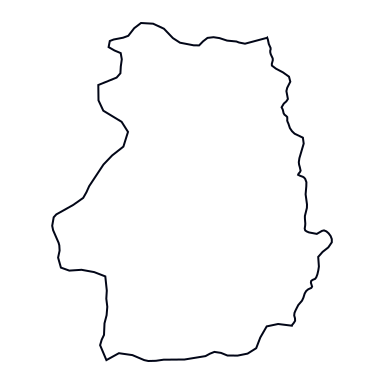 the Province of Van
{"feature_id": "TUR-3048", "entity_name": "Van", "entity_type": "Province", "adm_level": 1, "iso_a3": "TUR", "parent_name": "Turkey", "parent_adm1": "", "projection": "mercator", "projection_center": [43.807, 38.569], "detail": "fine", "context": "isolated", "style": "outline", "palette": "ink", "viewbox_px": 384, "rotation_deg": 0, "n_neighbors": 0, "source": "natural_earth", "source_scale": "10m", "svg_char_len": 2208}
<svg xmlns="http://www.w3.org/2000/svg" viewBox="0 0 384 384"><path d="M267.2,37.7L267.9,39.7L268.8,44.0L270.6,48.0L270.6,49.5L270.2,50.8L270.3,52.6L270.8,54.4L272.7,58.4L272.8,60.2L271.8,63.9L271.9,65.6L276.0,68.7L283.0,72.4L289.0,76.7L290.3,81.7L287.2,87.8L286.4,91.1L287.9,99.0L286.3,101.4L283.8,103.6L281.6,107.3L282.4,108.8L282.9,110.1L283.6,113.2L284.5,114.7L286.0,115.8L287.2,117.0L287.3,118.9L287.2,120.6L287.7,122.1L288.4,123.6L289.9,128.1L292.0,131.2L294.6,133.7L302.9,137.7L303.7,143.6L299.4,158.2L298.8,162.2L299.1,164.7L299.8,167.1L300.6,170.7L299.9,172.2L298.6,173.6L298.1,174.8L300.1,175.8L302.9,176.8L304.1,177.6L305.2,178.9L306.4,182.2L306.3,186.3L305.6,194.3L307.0,204.5L306.9,207.9L304.9,216.0L304.9,218.4L305.3,223.5L305.2,225.3L304.7,228.6L305.2,230.4L306.6,231.4L308.9,232.4L316.8,233.9L322.0,230.9L324.0,230.4L326.4,231.4L328.6,233.3L330.6,236.0L331.8,239.1L331.8,242.3L328.3,247.4L322.6,251.9L318.2,256.9L318.9,266.5L318.3,270.4L317.4,274.3L316.3,277.2L315.2,278.8L312.4,280.0L311.1,281.1L310.9,282.8L312.1,286.6L311.3,287.9L308.2,289.3L306.2,291.0L304.7,293.5L303.4,297.7L302.0,300.7L298.3,305.0L296.8,307.9L295.5,310.5L294.5,312.9L294.2,315.5L295.0,318.3L295.1,320.8L293.8,322.9L292.1,325.0L291.9,325.7L278.1,324.0L266.7,326.4L260.3,337.5L256.2,348.2L247.6,353.6L237.6,355.6L227.4,355.5L221.0,352.9L214.4,351.9L209.9,353.7L205.5,356.1L184.6,359.5L163.5,359.7L155.9,360.8L148.3,361.0L144.2,360.1L132.4,355.1L118.9,353.2L106.4,360.1L100.1,345.2L101.7,339.7L104.0,334.9L104.5,323.3L106.6,315.2L107.3,306.8L106.3,298.7L106.8,290.6L105.3,276.4L94.2,272.1L81.5,269.8L69.3,270.6L60.9,267.6L58.1,257.6L59.6,250.6L59.3,245.4L58.6,242.8L53.1,230.2L52.2,225.8L53.7,217.3L56.3,214.4L73.1,205.0L83.2,197.9L86.4,192.3L89.2,186.1L103.5,164.5L112.2,155.4L123.4,146.6L128.0,131.9L121.6,121.8L103.3,110.7L98.5,100.4L98.3,85.0L116.6,77.6L120.4,73.3L120.8,66.4L121.8,59.3L120.7,53.1L114.5,50.5L108.6,47.1L109.8,41.0L113.7,39.5L123.1,37.7L128.3,35.8L134.2,28.2L141.0,23.0L153.1,23.7L163.9,28.7L172.9,38.1L180.0,42.7L193.6,45.3L199.1,45.4L203.1,41.3L207.5,37.9L213.5,37.2L219.5,38.1L227.1,40.6L236.4,41.5L239.0,42.5L245.0,43.7L267.1,37.8L267.2,37.7Z" fill="none" stroke="#020617" stroke-width="2"/></svg>